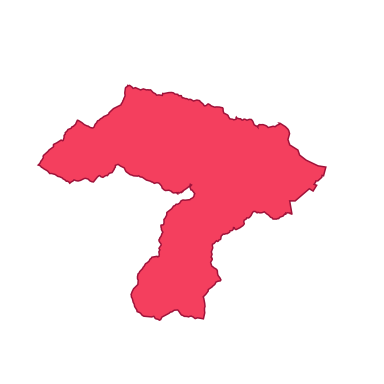 outline of Vanatori-Neamt, Neamt, Romania, rotated 339°
{"feature_id": "2599482B39139514259445", "entity_name": "Vanatori-Neamt", "entity_type": "district", "adm_level": 2, "iso_a3": "ROU", "parent_name": "Romania", "parent_adm1": "Neamt", "projection": "albers", "projection_center": [26.196, 47.223], "detail": "fine", "context": "isolated", "style": "filled", "palette": "rose", "viewbox_px": 384, "rotation_deg": 339, "n_neighbors": 0, "source": "geoboundaries", "source_scale": "gbopen_adm2", "svg_char_len": 6013}
<svg xmlns="http://www.w3.org/2000/svg" viewBox="0 0 384 384"><g transform="rotate(339 192 192)"><path d="M97.9,284.0L99.8,285.7L100.6,286.9L101.3,289.2L102.5,290.7L109.6,294.2L111.8,294.4L112.1,295.1L112.3,296.7L113.0,297.6L114.5,298.5L115.7,300.0L117.0,299.9L119.1,298.0L127.2,297.0L128.7,296.4L130.3,296.7L133.1,296.0L136.4,297.0L137.2,299.4L137.2,299.9L137.9,302.6L138.5,303.5L139.0,303.7L140.2,305.3L142.7,306.4L144.1,307.4L145.3,307.3L146.7,307.5L148.2,309.0L149.6,311.3L152.1,311.4L157.2,314.5L160.6,309.4L161.2,307.1L162.1,304.8L163.1,303.6L164.0,300.3L164.9,295.3L164.9,293.9L168.3,292.4L171.6,290.3L172.2,288.9L176.8,287.8L177.1,287.5L179.8,286.6L180.5,286.2L182.1,284.7L184.2,284.6L186.6,285.1L187.5,284.4L187.3,282.3L186.4,279.1L186.7,277.0L187.4,274.7L187.3,273.3L186.5,272.0L185.3,270.6L184.8,269.5L183.9,268.3L184.1,264.6L184.3,264.2L186.7,262.3L187.0,261.2L186.7,261.1L186.8,260.3L186.5,259.7L188.5,257.2L188.4,256.9L188.6,254.8L191.2,251.8L191.5,251.1L191.7,249.5L192.4,248.1L194.3,247.9L197.3,246.3L198.1,247.3L198.4,247.3L199.2,247.2L199.9,246.5L201.6,246.5L202.1,246.0L203.2,244.0L203.7,243.5L206.0,242.5L207.4,243.1L208.5,243.0L210.0,243.5L212.7,243.0L213.5,241.9L215.6,242.3L216.3,242.1L217.4,241.3L218.0,240.1L218.7,240.5L218.6,241.5L219.2,242.6L219.8,242.9L224.0,242.5L227.6,241.6L229.1,240.7L229.5,240.1L229.6,238.5L230.7,236.9L232.6,236.8L233.8,235.8L235.6,236.5L236.7,236.2L238.7,235.1L241.3,232.7L242.7,232.3L244.1,232.9L245.3,234.8L246.3,234.6L247.9,235.8L249.9,236.4L252.4,236.4L254.1,239.5L255.2,240.9L256.3,243.7L257.7,245.1L257.9,246.3L261.4,247.6L262.7,247.5L263.3,247.9L265.1,247.0L268.4,247.1L270.5,245.9L270.6,246.1L271.6,246.3L272.1,245.2L272.5,245.6L273.7,245.6L276.0,246.8L275.8,247.1L275.9,247.4L277.1,248.0L277.3,248.9L280.0,235.3L285.1,237.3L302.7,231.0L305.4,234.5L310.8,230.4L308.7,228.6L310.9,227.1L311.5,226.1L313.5,226.7L318.4,224.8L319.4,223.1L320.6,224.0L325.9,216.7L319.1,212.8L310.0,203.2L305.7,196.1L305.9,190.8L300.0,182.9L300.3,181.5L300.1,180.2L300.4,179.3L300.3,177.5L304.0,172.5L304.3,169.3L304.0,167.6L302.6,164.5L298.9,159.5L298.0,159.0L298.2,159.6L297.8,160.1L295.5,160.1L293.0,160.8L291.3,159.7L286.2,159.1L285.3,157.1L284.2,156.0L282.4,154.5L279.9,153.7L279.5,153.3L278.4,153.3L277.9,154.0L276.8,153.8L276.6,154.9L276.3,154.1L275.0,152.8L274.1,151.4L274.1,148.2L273.9,146.9L273.3,145.5L271.5,144.7L269.0,144.7L267.7,143.2L266.7,142.6L265.5,143.0L264.8,142.9L264.2,142.4L263.6,141.0L263.0,140.9L261.0,139.6L260.5,139.1L260.2,138.0L259.7,138.5L259.4,139.7L258.5,139.8L256.9,139.6L256.1,138.7L253.6,137.3L253.1,135.1L253.1,133.6L252.7,132.7L250.0,129.7L250.1,127.7L250.9,125.1L250.7,124.3L247.8,122.4L244.7,121.1L243.9,121.2L241.2,118.9L240.4,117.9L239.9,116.8L238.6,115.5L235.9,116.4L234.4,116.0L234.1,115.3L234.1,114.5L233.8,113.7L232.1,110.6L231.8,109.4L229.5,107.9L226.0,107.6L224.0,105.1L222.9,104.6L222.0,104.6L220.5,102.9L219.4,102.5L217.7,101.0L216.7,100.6L216.5,98.2L214.0,97.2L213.7,95.7L211.2,94.5L210.2,92.8L208.7,91.8L206.1,90.9L200.9,90.0L200.0,89.5L198.9,91.2L195.9,89.5L193.6,88.9L193.1,87.2L191.4,85.3L190.0,81.9L189.3,81.5L188.4,81.5L187.7,80.8L186.1,80.4L183.5,78.3L180.6,78.3L176.6,74.3L174.1,74.2L173.7,72.7L172.2,70.4L171.7,70.0L170.6,70.0L170.2,69.5L169.4,70.3L167.8,70.6L167.1,71.1L164.9,75.1L164.4,76.5L164.4,77.3L163.7,78.6L161.7,80.5L161.3,81.2L160.3,81.9L159.4,83.1L157.4,84.5L157.3,84.9L157.0,85.2L148.6,86.0L143.0,88.3L142.5,89.1L141.6,89.6L139.3,89.9L136.8,89.9L134.5,90.7L132.9,90.9L130.7,91.8L129.6,91.7L128.8,92.1L127.9,93.1L125.8,94.1L123.8,96.3L122.9,96.6L122.0,96.6L119.9,95.1L118.7,93.3L117.6,92.6L115.6,90.5L114.1,87.8L111.8,84.8L111.0,84.0L110.6,84.0L107.4,87.2L106.2,87.5L104.9,88.2L103.4,88.1L101.9,89.2L98.6,89.2L97.5,90.1L94.8,91.3L94.5,92.5L92.9,93.3L92.1,95.3L90.2,97.7L89.5,97.7L88.4,96.6L83.1,97.7L80.1,97.9L79.4,98.4L79.2,99.7L78.7,100.2L73.5,101.6L72.1,102.5L66.5,104.6L65.8,105.3L65.5,106.6L65.2,106.9L63.1,108.5L62.2,108.9L60.2,110.8L58.1,111.7L59.6,113.0L60.1,114.1L60.3,115.0L61.2,115.7L61.5,116.6L64.7,120.6L65.8,123.8L67.7,124.5L70.5,126.6L72.4,129.4L74.0,130.4L76.1,132.6L76.2,133.3L77.8,135.3L78.5,136.9L79.5,137.2L80.6,138.4L81.0,140.0L83.0,139.3L84.8,139.1L86.2,138.4L87.7,139.8L89.6,140.9L92.0,141.2L96.2,140.8L97.5,141.1L99.6,142.6L100.8,145.2L102.3,146.6L103.6,147.3L108.9,144.2L110.8,143.5L111.7,143.6L112.5,145.2L114.1,146.4L116.9,145.8L118.2,145.9L118.9,146.4L121.4,144.9L124.4,145.2L127.6,142.8L127.9,142.2L129.3,141.4L130.0,139.7L132.9,139.7L134.5,142.1L137.4,145.2L137.6,148.6L137.9,149.6L140.6,153.8L141.4,154.2L143.3,156.0L147.0,157.7L148.0,157.7L149.0,159.3L150.9,160.4L153.7,164.5L157.3,167.2L157.7,168.0L158.7,168.6L159.9,170.4L162.6,170.7L164.0,171.6L164.6,172.4L165.7,175.4L165.6,177.9L166.1,178.6L166.6,179.8L167.7,181.1L171.1,182.1L172.7,183.6L173.6,185.4L174.3,186.2L177.4,187.1L177.6,187.4L177.6,188.1L178.0,188.6L178.4,187.6L178.9,187.6L179.0,188.0L179.7,188.4L181.7,188.2L181.8,188.7L183.6,188.3L183.5,187.9L184.0,187.7L188.4,186.7L192.4,185.4L193.2,184.2L194.1,185.3L191.8,186.5L191.8,189.7L192.7,190.2L194.0,194.5L193.9,194.7L193.5,194.7L192.2,196.8L190.6,197.7L188.5,197.9L187.3,198.4L182.6,197.2L180.7,196.2L178.7,196.3L176.4,198.0L174.1,198.3L172.8,197.7L171.1,198.6L169.7,198.5L167.2,200.3L161.2,202.1L160.0,204.6L157.2,207.0L156.0,207.5L154.9,210.6L153.9,212.1L152.9,212.3L151.5,211.8L151.1,211.9L150.5,213.6L150.4,215.0L150.0,216.1L150.2,218.0L150.4,218.9L150.2,219.3L149.1,220.0L147.4,222.1L145.4,223.4L145.0,224.2L144.2,224.5L143.8,225.4L143.7,226.4L144.5,229.6L144.2,230.5L141.0,232.7L141.0,233.4L141.3,234.5L139.6,236.0L139.1,238.6L138.1,240.2L136.9,240.3L136.5,240.1L136.3,239.5L131.2,238.5L130.0,239.4L128.7,239.7L127.2,241.1L124.8,242.0L122.9,242.3L120.4,244.4L119.5,244.7L118.5,245.7L114.6,247.6L113.7,248.6L112.3,249.1L110.7,251.6L110.0,253.6L110.2,255.0L108.3,259.0L102.8,261.4L100.5,263.5L98.3,266.0L98.3,267.1L97.8,268.2L98.1,270.1L97.6,273.9L97.9,275.8L97.4,278.4L98.2,282.3L97.9,284.0Z" fill="#f43f5e" stroke="#9f1239" stroke-width="1.5"/></g></svg>